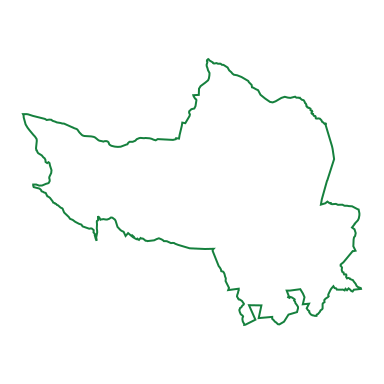 outline of Tianguismanalco, Puebla, Mexico
{"feature_id": "50627088B16397260024665", "entity_name": "Tianguismanalco", "entity_type": "district", "adm_level": 2, "iso_a3": "MEX", "parent_name": "Mexico", "parent_adm1": "Puebla", "projection": "albers", "projection_center": [-98.47, 19.0], "detail": "fine", "context": "isolated", "style": "outline", "palette": "green", "viewbox_px": 384, "rotation_deg": 0, "n_neighbors": 0, "source": "geoboundaries", "source_scale": "gbopen_adm2", "svg_char_len": 5935}
<svg xmlns="http://www.w3.org/2000/svg" viewBox="0 0 384 384"><path d="M325.7,123.5L325.1,123.4L324.5,123.8L322.8,122.1L322.1,121.8L321.5,120.4L319.9,118.7L318.5,118.4L317.0,118.6L315.9,118.4L315.6,117.8L315.7,116.9L315.3,116.1L314.0,115.9L313.2,114.8L313.1,114.0L312.1,113.9L311.6,113.3L311.8,113.0L311.6,112.5L312.3,111.6L311.9,110.7L310.9,110.5L310.5,110.2L310.5,108.7L309.0,107.8L308.8,107.7L308.5,107.9L307.3,107.3L307.2,106.6L306.5,106.3L306.3,105.8L306.4,105.0L305.8,103.6L305.1,103.1L304.5,101.5L303.6,100.2L301.8,99.7L300.4,98.5L299.9,97.8L299.2,98.0L298.8,97.7L296.4,97.7L295.1,96.7L290.4,97.9L287.8,97.6L284.8,96.8L281.4,97.9L275.6,101.3L272.7,102.4L270.0,101.9L265.2,98.6L260.5,94.8L258.1,90.2L256.1,89.3L253.1,87.6L252.0,87.3L251.6,84.9L248.8,82.1L248.3,81.0L241.5,77.0L237.2,75.3L233.8,74.7L232.3,73.5L231.4,72.3L229.2,70.4L227.6,67.5L223.5,64.9L221.9,64.8L220.7,63.8L219.9,63.6L219.1,63.8L217.5,63.6L216.7,63.1L214.1,63.5L213.4,63.3L213.0,63.0L212.9,62.5L209.4,60.4L208.7,59.4L208.2,59.1L207.0,60.2L206.9,61.1L207.4,62.0L206.6,64.9L206.8,66.4L207.5,68.2L208.0,70.2L209.5,73.0L209.4,75.4L208.9,78.4L208.1,80.3L205.2,82.7L200.6,86.1L199.0,88.7L198.8,94.9L193.3,95.2L193.6,96.2L194.9,98.3L195.5,99.0L196.2,99.4L196.4,100.3L195.5,106.1L194.3,108.5L191.4,109.2L189.2,111.3L189.1,112.8L189.9,114.3L189.6,115.9L185.3,123.2L182.3,122.6L181.8,125.8L179.6,135.0L179.0,138.6L176.1,138.2L175.8,139.2L173.0,139.9L157.7,139.1L155.7,140.3L153.6,139.7L151.6,138.8L149.6,138.3L145.5,138.0L144.0,138.2L140.5,137.9L139.3,138.1L136.7,139.2L135.3,140.7L132.7,141.8L129.5,141.8L128.2,142.9L127.4,144.3L126.5,144.5L120.7,146.7L117.8,146.9L114.7,146.6L111.4,145.8L110.2,145.1L109.3,144.4L108.5,142.3L107.6,141.5L106.3,141.1L104.4,141.2L103.4,141.6L102.0,141.2L99.4,140.7L98.4,140.2L95.1,137.5L93.8,136.9L91.2,136.4L84.3,136.0L82.5,135.4L81.6,134.7L79.3,132.3L77.5,129.7L76.6,129.0L74.5,128.3L64.0,123.6L62.1,123.5L60.6,123.0L56.8,122.4L55.3,121.7L52.5,120.8L51.4,119.8L49.3,119.6L46.7,120.0L44.9,118.9L32.9,115.9L28.3,114.4L26.6,114.1L23.0,114.1L23.6,115.4L23.7,117.4L25.6,124.4L27.5,127.6L29.4,130.1L33.4,134.9L35.0,136.6L36.6,139.0L36.8,140.8L36.0,148.3L36.4,150.3L36.8,150.4L37.5,152.2L38.2,153.2L41.8,155.4L43.3,157.3L44.6,158.3L45.4,159.8L45.6,162.0L47.2,163.1L48.5,162.2L49.5,163.1L50.0,165.6L51.5,170.2L51.2,173.0L49.4,176.8L49.2,178.0L49.6,179.3L49.7,181.0L48.8,182.8L48.0,183.3L46.1,183.8L42.1,185.5L39.1,185.6L36.1,184.5L33.2,184.5L33.2,185.6L33.7,187.1L39.5,188.6L40.9,189.8L41.6,191.3L43.2,191.9L44.3,192.6L45.6,192.9L46.0,193.4L46.5,194.8L47.1,195.5L47.3,196.3L48.4,196.7L50.0,197.9L52.8,201.6L53.2,202.6L54.8,203.1L55.0,203.6L56.2,204.0L56.9,204.9L58.0,205.3L60.6,207.6L62.2,208.3L62.6,208.7L63.9,212.0L64.3,212.7L68.8,217.0L70.0,218.8L72.7,219.9L75.2,221.8L79.0,223.8L81.4,224.6L82.6,226.4L89.2,228.7L91.0,228.4L91.9,228.6L93.2,229.7L93.6,230.0L93.7,230.6L93.5,232.4L94.9,234.0L94.7,235.0L95.7,238.7L96.5,240.8L96.6,239.7L96.2,237.5L97.2,232.4L97.1,230.5L96.8,228.4L97.0,224.3L96.8,221.9L96.9,221.0L97.9,220.4L98.1,219.6L98.0,216.9L98.5,216.8L99.3,217.5L100.4,219.7L100.9,219.4L101.9,219.4L103.2,219.1L105.7,219.5L107.2,219.5L109.2,218.8L111.0,217.5L112.4,217.7L114.9,219.6L115.6,220.8L117.5,226.9L120.3,229.9L121.5,230.8L123.6,231.8L125.6,236.0L128.1,233.1L131.5,236.0L132.1,235.3L133.7,236.7L133.2,237.3L135.7,238.8L137.0,239.3L137.4,238.7L139.0,239.9L140.6,238.0L141.4,238.5L142.7,238.5L144.3,239.6L145.5,240.7L146.8,240.8L147.4,241.1L154.2,240.3L156.6,239.1L158.9,238.3L161.6,239.4L163.2,240.4L163.8,241.1L166.8,241.2L171.0,243.1L172.6,242.9L174.0,243.0L175.3,243.8L178.2,244.9L189.7,248.3L204.9,249.0L213.6,248.8L213.0,249.5L212.6,250.8L218.7,266.1L219.9,267.6L220.9,269.4L221.3,271.2L222.8,271.5L223.7,272.3L224.5,274.0L225.1,276.6L225.8,278.3L225.6,281.1L229.0,287.9L228.2,290.1L238.7,288.7L238.7,290.4L238.4,290.8L238.0,292.8L237.2,295.1L237.0,296.6L237.9,297.9L238.0,298.6L239.3,299.4L239.3,299.6L239.9,299.6L242.0,301.0L243.9,303.8L243.7,304.5L242.2,305.8L241.3,307.3L240.0,308.1L239.6,309.6L239.3,310.0L239.8,312.0L240.8,314.3L242.7,315.7L243.1,316.6L242.5,317.9L242.4,319.3L242.8,321.5L244.2,324.0L244.2,324.9L245.4,324.7L255.4,319.7L249.0,305.2L261.4,305.4L258.7,318.1L272.2,316.9L272.2,318.8L273.8,320.3L274.8,321.6L276.2,322.5L277.9,324.2L279.4,324.4L284.0,321.7L288.5,314.6L297.0,312.1L298.0,308.3L298.0,306.9L297.0,305.2L295.4,303.1L295.1,301.7L294.1,300.5L294.7,299.5L294.5,299.2L291.8,297.4L290.2,296.9L289.5,297.9L288.1,297.2L288.7,295.9L286.7,290.6L289.9,290.6L300.3,289.2L302.9,293.5L304.5,297.2L302.8,304.3L309.0,303.7L306.7,308.3L307.9,310.1L309.3,311.2L309.2,312.3L310.8,314.4L312.4,315.3L313.3,315.4L315.0,315.9L316.5,315.9L316.7,314.6L318.0,314.0L320.1,311.5L320.4,310.5L322.2,309.2L322.6,308.4L322.6,303.9L323.3,302.9L324.5,302.2L324.3,300.1L325.5,298.7L328.1,297.0L328.7,296.2L328.3,295.7L328.2,294.9L328.6,293.8L330.6,289.7L331.4,288.5L333.4,286.2L334.6,288.1L336.0,288.3L336.3,288.6L336.8,289.6L340.2,289.7L342.9,289.6L344.6,290.4L345.5,288.8L347.0,290.2L348.6,288.4L350.1,289.6L351.3,291.0L352.6,291.5L353.9,289.7L361.0,288.9L360.8,288.1L358.0,287.1L356.6,285.9L355.6,283.8L353.6,281.3L353.0,280.2L350.0,279.0L349.9,278.5L348.2,277.9L347.0,278.4L346.1,276.9L346.4,275.7L346.2,274.5L345.7,274.3L344.2,274.5L343.7,273.6L343.6,272.5L342.3,271.9L341.7,269.9L342.0,267.6L341.0,266.0L340.6,265.8L340.6,265.4L340.7,264.5L343.5,262.2L352.7,251.1L353.2,251.2L355.5,250.7L353.3,246.2L353.4,245.0L353.6,239.6L354.0,237.4L355.1,236.0L355.7,233.1L354.5,229.3L352.0,227.5L354.8,223.9L354.7,223.7L357.9,220.3L358.8,218.4L359.4,215.2L359.4,213.3L358.6,209.5L357.8,209.3L352.1,206.3L348.8,206.1L346.9,205.7L346.2,205.8L344.4,205.7L342.4,204.7L337.9,204.8L335.9,203.9L332.1,204.2L330.6,203.7L330.7,203.0L329.1,202.9L327.4,201.6L325.3,203.3L320.9,204.6L321.8,199.4L327.0,180.8L327.3,180.4L334.1,159.1L332.6,148.9L332.0,146.2L325.7,125.2L326.0,123.9L325.7,123.5Z" fill="none" stroke="#15803d" stroke-width="2"/></svg>